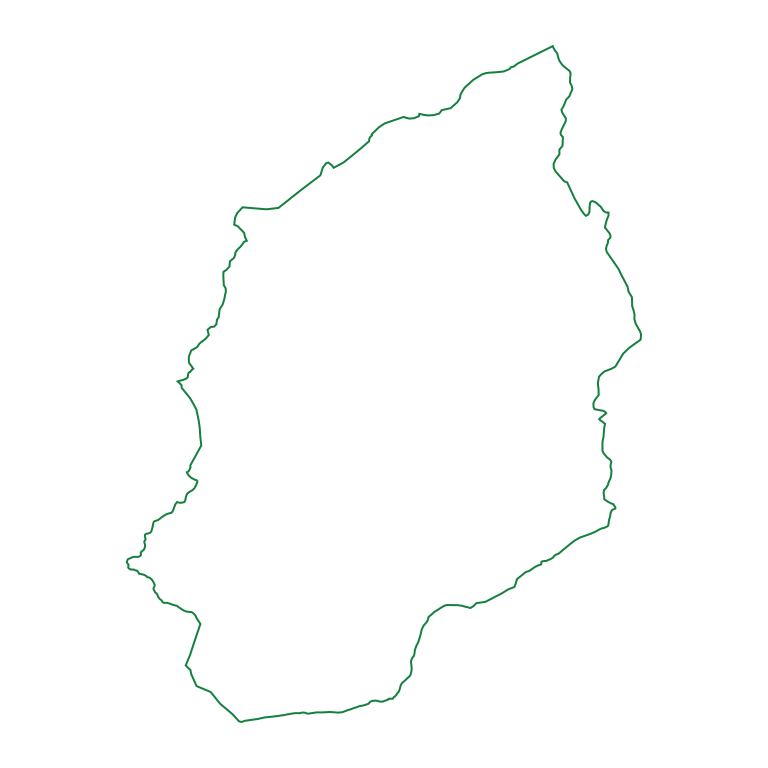 the district of Dorna-Arini, Suceava, Romania
{"feature_id": "2599482B28497100220682", "entity_name": "Dorna-Arini", "entity_type": "district", "adm_level": 2, "iso_a3": "ROU", "parent_name": "Romania", "parent_adm1": "Suceava", "projection": "robinson", "projection_center": [25.454, 47.364], "detail": "fine", "context": "isolated", "style": "outline", "palette": "green", "viewbox_px": 768, "rotation_deg": 0, "n_neighbors": 0, "source": "geoboundaries", "source_scale": "gbopen_adm2", "svg_char_len": 6094}
<svg xmlns="http://www.w3.org/2000/svg" viewBox="0 0 768 768"><path d="M242.3,721.9L244.2,720.9L257.7,719.0L264.8,717.4L269.0,717.0L277.9,716.0L281.7,715.3L283.8,715.2L287.4,714.3L289.6,714.1L291.1,713.7L295.5,713.1L300.0,713.2L301.0,712.8L302.7,712.5L305.5,712.8L307.1,713.6L308.8,713.6L316.3,712.4L322.3,712.4L329.9,712.0L338.4,712.6L342.2,712.2L343.7,711.7L347.6,710.2L350.7,709.3L354.6,707.8L356.2,707.4L358.7,706.4L360.4,705.9L361.9,705.8L363.8,705.3L367.5,704.1L368.4,703.8L370.3,701.7L372.1,701.0L373.2,700.7L374.2,700.8L375.5,700.5L380.6,701.7L382.7,701.6L388.3,699.5L388.5,698.9L390.0,698.7L392.6,698.8L393.7,697.2L394.6,696.7L396.4,694.9L397.0,693.6L398.9,691.5L399.8,688.8L400.7,685.4L401.9,683.2L405.8,679.8L407.1,678.4L409.5,676.4L410.5,674.9L411.3,671.8L411.7,669.3L411.5,666.4L410.9,661.3L412.2,658.0L413.9,655.9L414.4,653.9L415.0,649.6L416.5,645.5L418.3,642.1L420.5,634.9L421.7,629.4L423.6,625.6L426.8,622.0L428.1,619.5L428.5,617.0L431.8,614.3L434.2,612.0L438.5,609.4L440.5,608.0L444.4,605.7L447.1,605.0L450.3,605.1L457.5,605.1L461.5,605.7L470.4,608.0L473.5,606.1L476.4,603.1L485.3,601.9L502.1,593.2L508.1,589.4L513.7,587.3L514.7,586.5L515.8,583.2L516.9,579.2L525.7,572.1L529.5,570.8L534.9,567.0L538.0,565.5L540.9,564.5L541.3,563.8L541.3,562.0L542.3,561.3L544.4,561.0L546.1,561.0L547.9,560.1L550.5,559.1L553.2,557.5L553.8,556.3L556.1,554.6L558.4,553.8L570.3,543.9L574.8,540.5L579.8,537.6L590.7,533.8L595.8,531.5L599.1,529.6L601.4,528.5L604.5,527.8L607.8,526.1L608.5,524.3L609.0,520.1L610.2,516.2L610.4,514.3L610.7,512.7L611.9,510.1L615.4,508.5L615.3,507.1L614.1,505.6L613.4,504.3L611.1,503.4L607.7,501.6L604.2,499.1L604.2,497.1L603.6,492.8L604.2,489.9L606.0,488.1L607.9,485.0L608.6,482.3L610.5,478.2L611.2,475.1L611.5,470.3L610.6,467.8L610.6,464.9L611.3,461.9L610.8,460.7L610.1,459.7L607.1,457.4L603.7,453.4L602.5,451.0L602.4,443.2L602.9,439.7L603.5,437.0L604.1,429.1L604.5,426.4L605.1,423.9L599.2,419.3L600.1,418.1L606.2,413.3L605.3,411.9L603.4,410.9L594.6,409.2L593.6,407.5L593.4,403.4L594.4,400.8L596.0,398.4L598.7,395.0L598.5,388.2L598.2,387.0L597.9,383.0L599.0,376.7L601.8,373.7L604.5,371.4L611.4,368.8L615.4,366.6L623.2,353.6L629.5,347.6L640.6,339.7L641.1,334.3L640.1,331.5L635.7,323.7L634.3,318.5L634.6,315.1L633.6,310.5L632.1,305.9L632.1,301.8L631.9,297.1L630.5,294.8L628.6,291.8L627.5,286.6L621.0,274.2L618.5,268.9L606.7,251.9L606.0,248.9L606.6,245.9L607.8,243.2L608.2,240.0L610.4,237.6L610.4,235.4L609.4,233.1L605.0,227.6L605.2,226.0L606.5,220.7L608.5,215.6L608.5,212.6L606.1,212.5L603.6,211.1L600.8,206.8L595.5,202.3L592.6,201.1L591.3,201.4L590.1,202.8L589.6,206.9L589.4,212.4L587.9,214.8L585.9,215.8L583.7,213.6L580.8,209.4L574.6,198.5L567.2,182.4L564.1,181.2L555.4,171.2L553.8,168.0L553.6,163.9L555.7,159.3L559.4,154.4L559.4,149.6L562.5,145.9L562.9,137.1L560.8,134.7L560.5,132.8L561.5,130.0L565.8,120.9L565.9,118.5L562.3,112.7L561.4,109.9L564.0,105.3L566.1,99.7L569.3,96.4L572.4,89.0L571.7,85.9L570.0,82.5L570.2,77.0L570.6,73.3L569.6,71.0L564.4,66.9L562.0,64.6L559.3,60.6L558.1,57.1L557.2,53.2L555.4,51.2L553.0,47.0L552.8,46.1L517.9,63.4L516.0,64.8L514.4,66.1L513.6,66.6L510.6,67.4L510.1,68.5L508.6,69.5L503.7,71.5L495.2,72.3L489.1,72.7L486.0,73.1L482.3,74.3L473.2,79.9L464.6,87.7L462.3,91.3L460.4,94.8L460.0,98.1L457.3,102.2L450.6,108.2L441.8,110.1L439.3,113.5L433.4,115.2L427.6,115.4L423.5,114.8L419.4,113.8L418.9,116.2L414.0,118.2L409.5,118.6L405.7,117.7L403.8,116.9L384.7,123.4L378.9,127.3L371.6,134.4L372.0,135.4L370.2,137.0L369.3,138.8L369.0,141.3L361.1,148.2L343.8,162.3L333.7,167.8L331.8,165.2L328.3,162.5L326.1,163.2L322.8,167.6L320.4,175.3L301.3,189.8L278.5,207.9L266.4,209.3L250.6,208.0L242.6,207.3L237.2,213.1L235.1,217.5L234.2,224.7L237.7,226.2L244.2,232.9L244.9,236.8L246.8,240.8L243.9,241.9L242.7,243.9L240.2,247.0L238.6,248.4L236.9,250.3L235.3,252.8L235.3,254.7L234.0,257.9L229.9,261.3L229.5,266.5L226.6,269.7L223.5,271.8L223.3,275.2L223.8,285.2L225.7,288.4L225.8,292.2L225.0,295.0L224.4,298.9L222.6,304.6L219.6,309.4L218.7,317.2L217.0,319.7L216.3,324.4L214.0,326.7L211.0,326.9L207.5,329.7L208.8,335.0L205.7,338.7L202.3,341.4L201.1,342.1L199.2,344.0L197.2,347.1L191.3,350.4L189.7,354.4L188.8,357.2L188.9,361.4L189.2,363.0L193.3,368.7L191.7,369.9L190.2,371.9L188.8,372.6L188.2,373.6L187.7,377.4L186.2,378.6L184.9,379.3L177.7,381.4L181.5,385.1L181.7,387.9L189.9,397.9L193.0,403.2L196.4,409.5L198.8,421.1L199.8,428.7L200.3,436.9L201.3,445.5L190.3,465.4L190.5,467.3L189.2,470.4L188.0,471.7L186.9,472.2L187.1,473.0L188.1,474.7L189.1,475.9L191.0,477.6L194.3,479.5L196.5,480.2L197.3,481.1L197.3,482.2L196.0,485.4L194.4,488.3L192.4,490.2L190.0,491.6L187.7,493.1L186.7,494.7L185.8,497.3L185.3,500.3L184.4,502.0L182.4,502.6L180.8,502.8L179.0,502.6L177.0,502.1L175.2,504.6L173.0,510.6L172.0,512.2L171.3,512.8L167.5,513.8L165.6,514.7L161.4,517.4L159.5,519.0L157.9,520.1L155.4,520.9L154.2,521.4L153.7,522.0L153.3,523.4L152.7,526.4L152.0,529.2L151.4,531.1L150.8,532.1L150.0,532.9L148.0,533.5L146.5,533.7L145.2,534.5L144.9,535.0L144.9,536.5L145.6,539.4L145.3,539.9L144.6,540.9L144.3,541.9L144.4,542.6L144.9,544.0L145.1,545.2L144.9,546.9L144.4,548.8L143.6,549.9L141.2,551.9L140.8,552.4L140.8,553.6L141.0,554.1L140.9,554.9L140.4,555.8L139.6,556.3L138.4,556.8L137.4,556.9L133.5,556.9L132.4,557.2L130.1,558.3L128.1,559.1L127.6,559.8L126.9,561.9L127.1,562.9L128.1,564.1L128.5,565.0L128.2,567.3L128.4,567.9L129.5,568.9L130.7,569.5L133.8,569.5L135.0,570.3L136.7,570.5L138.0,571.7L139.0,573.7L142.2,574.3L144.4,575.0L146.4,576.1L146.7,576.7L147.1,577.1L149.0,577.5L149.7,577.8L151.6,579.3L153.6,582.4L154.2,583.7L154.7,585.0L154.5,586.3L153.7,587.7L153.5,589.2L155.5,592.8L156.3,593.2L157.1,594.1L157.7,595.3L158.0,596.6L158.8,597.7L159.7,598.9L161.0,599.9L161.9,600.9L162.7,602.3L163.3,602.6L164.6,602.9L167.2,602.9L169.2,603.4L172.5,604.7L177.1,605.9L178.7,607.3L180.0,608.0L180.9,608.8L184.4,610.8L186.5,611.6L191.7,612.2L192.6,612.7L195.3,615.2L196.8,618.5L200.4,624.0L195.2,639.3L189.9,655.4L185.7,665.4L190.4,670.0L191.3,674.3L196.6,686.1L210.7,692.0L220.2,703.8L232.3,714.0L239.0,721.3L241.3,721.9L242.3,721.9Z" fill="none" stroke="#15803d" stroke-width="2"/></svg>